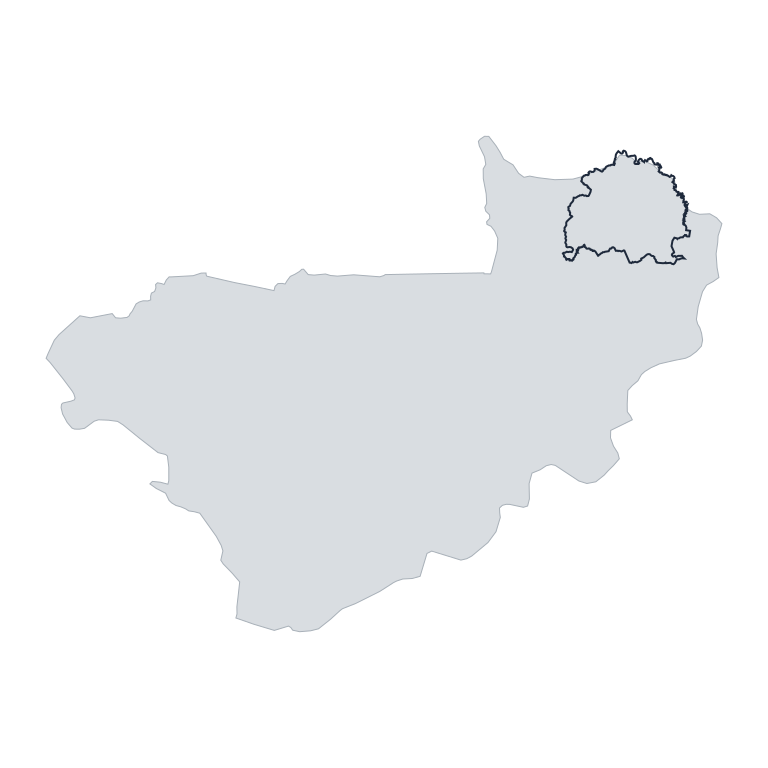 location of Comoe, Komoé, Burkina Faso, rotated 180°
{"feature_id": "67063806B6461887322435", "entity_name": "Comoe", "entity_type": "district", "adm_level": 2, "iso_a3": "BFA", "parent_name": "Burkina Faso", "parent_adm1": "Komoé", "projection": "orthographic", "projection_center": [-4.497, 10.243], "detail": "fine", "context": "in_parent", "style": "outline", "palette": "slate", "viewbox_px": 768, "rotation_deg": 180, "n_neighbors": 0, "source": "geoboundaries", "source_scale": "gbopen_adm2", "svg_char_len": 9063}
<svg xmlns="http://www.w3.org/2000/svg" viewBox="0 0 768 768"><g transform="rotate(180 384 384)"><path d="M596.8,491.1L574.8,492.3L566.8,494.9L562.0,495.0L561.8,493.0L561.2,491.8L533.3,485.4L513.8,481.6L494.0,477.4L492.9,481.6L490.1,484.4L485.9,484.6L482.9,484.0L480.9,487.3L477.7,491.6L473.2,493.7L468.7,496.4L466.2,498.7L464.4,498.8L459.8,493.4L453.8,492.9L442.5,494.0L437.5,492.5L430.6,491.9L414.3,493.2L388.2,491.2L384.0,492.5L382.8,493.4L357.0,493.9L328.6,494.4L304.9,494.8L284.1,495.1L284.0,494.2L277.4,494.1L276.6,496.0L270.8,517.8L270.2,529.7L273.4,537.0L277.0,541.7L281.0,543.6L281.4,546.2L278.2,549.7L278.5,553.2L282.2,556.8L283.2,560.6L281.3,564.5L281.8,574.1L284.7,589.3L284.8,599.1L282.2,603.6L283.5,611.3L288.7,622.1L289.6,626.7L287.8,628.8L283.5,631.7L279.2,631.6L274.1,625.0L271.9,622.1L267.8,615.5L264.3,608.8L259.6,605.9L255.0,603.2L249.4,594.7L244.0,590.7L238.3,591.9L230.0,590.3L213.2,588.3L195.1,588.9L187.7,590.9L180.3,594.0L161.5,600.8L154.1,604.2L148.5,612.7L142.2,612.5L135.8,609.8L131.8,605.9L123.2,606.8L115.0,603.0L107.0,595.6L101.1,593.2L93.6,587.9L91.5,577.7L86.8,570.5L82.5,560.6L76.0,556.1L68.5,553.7L58.2,554.2L51.4,550.2L46.1,544.4L47.5,539.4L49.9,532.2L50.3,525.4L51.9,514.2L50.9,500.3L49.1,490.5L54.8,486.5L61.4,482.9L65.5,476.3L69.8,461.4L71.6,448.6L70.3,443.9L68.1,440.1L66.4,434.6L65.4,427.8L66.6,421.9L71.6,416.5L77.8,411.9L82.3,409.8L94.0,407.5L108.6,404.1L117.0,400.3L123.2,396.5L126.6,393.4L130.1,387.2L135.8,382.4L140.2,377.5L140.8,363.9L140.7,356.2L137.5,351.9L135.7,348.2L157.3,337.6L157.5,330.1L154.5,321.8L150.2,315.0L148.7,309.2L154.6,302.4L159.9,297.2L163.8,292.9L172.2,286.2L181.1,284.5L189.1,287.0L212.7,302.6L216.8,303.5L221.7,302.3L227.9,298.2L236.0,294.9L238.9,284.4L238.6,269.0L240.4,262.0L244.6,260.7L258.2,263.6L261.7,263.7L265.6,262.7L268.5,260.0L268.3,255.0L267.7,250.6L272.0,236.3L280.0,225.5L296.2,212.0L301.2,209.3L307.1,207.9L336.3,216.9L341.0,214.6L347.9,191.7L355.8,189.5L365.2,189.0L371.3,187.0L374.5,185.4L388.2,176.6L412.4,164.5L425.5,159.3L428.0,157.4L437.3,148.9L449.5,139.2L457.4,137.2L468.3,136.3L475.3,137.8L477.2,140.5L479.5,141.9L493.7,137.6L514.3,143.8L532.1,150.0L531.0,154.0L531.1,161.2L529.8,172.5L528.3,186.1L535.8,194.8L544.8,204.1L547.2,207.8L545.1,217.1L546.8,222.6L551.7,231.6L559.8,243.0L568.2,254.8L573.8,256.3L579.2,257.1L582.5,259.2L587.3,261.2L592.0,262.5L596.2,265.0L598.9,267.5L602.4,274.8L611.7,279.5L618.1,284.1L615.6,286.6L607.7,285.8L600.1,283.8L599.2,287.3L599.2,300.8L600.6,312.0L602.4,313.5L610.0,315.4L628.3,329.6L644.9,343.1L650.4,346.6L659.5,347.8L669.5,348.2L673.8,346.8L683.4,339.7L688.6,338.8L693.4,338.9L696.0,339.9L700.8,345.5L705.4,354.0L706.9,360.3L706.5,363.7L705.1,365.0L697.1,366.8L693.7,368.1L692.9,370.0L694.2,374.2L695.8,376.9L704.9,389.1L717.9,405.5L721.9,409.7L719.8,414.7L713.7,427.8L709.0,433.4L688.1,452.2L677.6,450.2L655.8,454.4L652.4,450.2L647.3,449.8L640.9,450.6L638.7,452.3L638.0,454.1L635.8,456.7L631.9,464.1L628.8,466.0L624.9,467.2L620.1,467.1L617.3,468.1L617.4,471.7L616.6,474.9L613.4,476.5L612.1,480.1L612.4,483.5L610.5,485.2L606.4,484.4L603.9,483.5L601.7,488.0L598.9,491.1L596.8,491.1Z" fill="#d9dde1" stroke="#a8b0b8" stroke-width="1"/><path d="M201.6,508.2L200.5,508.8L200.0,508.7L199.9,509.0L198.6,509.0L198.3,508.7L198.4,507.5L198.1,507.4L196.6,507.8L196.0,507.3L195.2,508.3L195.0,508.1L194.6,508.4L194.4,508.9L194.7,509.7L193.3,511.0L192.8,512.4L191.9,513.3L191.9,513.7L192.3,514.1L192.2,514.4L191.3,514.9L191.1,515.3L190.3,515.3L191.0,516.2L190.3,516.9L190.7,517.6L191.3,517.3L191.3,518.0L190.5,517.8L189.8,517.9L189.6,518.4L190.1,519.6L189.5,520.2L189.0,520.1L188.8,520.7L187.7,520.4L187.0,520.9L186.6,520.7L186.2,520.8L185.6,521.0L185.5,521.5L184.5,521.6L184.2,522.9L183.7,523.2L183.3,522.7L183.6,522.3L183.7,521.5L183.1,520.9L182.4,520.8L181.5,519.4L179.9,519.3L179.2,519.6L178.2,519.3L177.5,518.1L176.7,518.1L176.4,518.3L175.6,517.7L175.4,517.0L175.2,517.0L175.0,517.5L174.5,517.5L174.3,517.1L173.8,517.3L172.6,516.5L169.9,512.2L169.6,512.3L169.0,513.2L167.9,513.7L167.4,514.4L166.0,515.0L165.2,515.8L163.9,515.8L163.2,516.2L159.3,516.8L158.4,518.7L157.8,519.5L157.0,519.4L156.5,519.7L155.7,520.7L154.6,520.7L153.4,519.8L152.2,517.2L150.5,517.3L149.9,516.9L149.3,517.2L148.3,517.1L146.5,516.5L144.2,517.6L143.6,517.4L138.4,505.4L137.6,505.4L136.7,504.9L135.8,505.4L135.5,506.0L134.7,505.5L132.8,506.2L131.8,505.8L130.8,505.7L127.8,507.2L126.6,508.2L126.8,509.4L124.3,510.6L121.3,513.3L119.9,513.9L118.2,513.8L117.1,512.7L116.2,512.1L114.9,512.0L113.6,511.0L113.7,509.9L112.1,507.9L112.3,507.3L112.1,506.5L111.3,506.2L111.3,505.5L111.1,505.4L109.9,505.2L105.1,504.8L103.5,504.9L102.4,505.5L102.0,504.8L97.5,505.2L95.9,504.1L94.4,503.8L93.1,505.0L91.1,508.8L89.9,508.6L88.6,508.7L87.8,509.2L86.0,509.7L83.7,509.5L84.8,510.5L86.0,512.2L89.9,512.1L92.1,511.0L92.2,511.4L93.1,512.1L94.8,511.4L95.9,512.5L96.1,513.0L95.9,513.2L95.9,513.7L95.7,514.2L93.9,515.5L94.1,516.4L96.5,521.8L95.5,527.3L93.6,530.3L91.6,529.8L91.1,529.4L91.1,529.6L90.2,529.5L89.0,529.7L87.8,530.5L86.9,530.7L85.1,530.7L84.5,531.7L82.9,532.8L82.9,533.0L81.8,532.9L81.7,531.9L81.4,531.7L80.5,531.5L78.8,531.6L77.9,537.2L81.9,537.8L81.6,540.5L82.3,542.3L83.2,543.1L84.4,543.4L84.7,543.8L84.7,544.2L84.0,544.6L84.5,545.6L84.8,545.4L84.8,545.9L84.4,546.4L83.5,546.5L83.2,546.8L84.7,547.9L83.5,548.9L83.6,549.2L84.5,549.2L84.5,549.6L83.8,550.5L84.0,551.5L83.3,551.4L82.7,551.7L83.7,552.8L83.0,552.9L82.6,553.5L82.9,553.8L83.4,553.4L83.7,554.2L83.3,554.5L82.6,554.4L82.0,554.6L82.8,555.8L82.4,556.0L82.0,555.8L80.7,557.0L80.7,557.4L82.1,557.6L82.5,557.9L81.9,558.8L80.8,559.3L80.8,560.5L81.3,560.9L81.8,560.9L81.7,561.7L81.0,562.2L80.5,563.4L82.2,562.7L82.9,561.9L83.4,562.6L83.4,563.3L82.6,565.3L81.5,565.6L81.2,565.9L81.6,566.3L82.0,566.4L82.8,566.0L84.7,565.8L84.4,567.4L84.1,568.0L84.2,569.3L85.2,570.0L86.8,570.2L87.2,570.9L86.9,571.3L86.1,571.5L85.6,571.0L84.7,571.1L84.3,570.9L84.0,571.6L84.5,572.4L86.9,572.5L87.0,572.7L85.6,573.9L85.4,574.3L85.6,574.7L86.5,574.4L87.2,574.6L87.5,574.0L88.7,573.1L90.1,572.5L90.7,572.6L89.8,574.5L89.3,574.9L89.2,575.6L89.5,576.1L90.7,576.0L91.6,576.4L91.9,577.2L92.5,577.8L93.5,578.0L93.6,579.1L94.3,579.7L93.7,580.5L94.1,581.0L94.1,581.4L92.2,580.7L91.9,581.2L92.1,583.1L93.9,584.0L94.2,584.4L94.2,585.0L95.6,585.9L95.3,586.4L94.6,586.5L94.1,587.1L94.4,587.9L94.3,588.6L94.0,589.3L93.4,589.8L93.8,591.1L94.8,592.0L96.1,592.3L96.7,592.8L97.2,591.7L98.4,591.1L100.1,592.4L100.8,592.4L101.3,593.1L102.7,592.9L103.3,593.6L104.3,593.3L105.5,593.7L105.7,593.8L105.7,594.7L106.5,595.5L107.9,595.3L108.6,596.1L109.2,596.3L109.4,596.6L108.8,597.2L108.8,598.2L108.5,599.2L109.2,600.5L106.8,600.4L106.7,600.6L107.4,602.0L108.2,601.9L108.2,603.2L109.1,603.0L109.4,603.2L109.5,604.3L110.2,604.8L110.7,604.8L110.7,603.3L113.3,603.6L113.6,603.9L113.7,604.9L114.5,605.4L115.8,608.5L116.1,609.0L117.2,609.2L117.5,610.0L118.4,609.8L119.0,608.8L119.8,609.0L120.4,608.2L120.5,607.0L120.9,606.8L121.3,606.7L121.6,607.3L122.4,607.4L123.0,607.9L123.8,606.8L123.9,606.0L124.6,606.6L125.2,606.7L126.2,607.8L126.3,608.5L127.1,609.1L128.0,609.1L129.2,608.0L130.2,606.3L130.0,606.0L129.4,605.8L128.8,604.7L129.0,604.5L129.5,604.0L132.4,604.0L133.2,604.3L133.6,605.1L133.4,606.3L132.2,607.5L132.1,609.0L132.4,611.6L133.2,612.5L133.4,612.6L134.6,612.2L137.0,612.1L139.8,611.3L140.9,612.2L141.2,612.7L141.8,615.0L142.3,616.2L143.2,617.0L144.4,617.3L144.8,617.0L145.2,616.5L145.0,615.7L145.2,615.1L146.0,614.4L146.9,614.5L149.7,616.8L151.3,614.8L152.1,613.4L152.4,611.3L152.2,610.7L153.0,609.4L152.6,608.8L153.1,608.1L153.4,607.9L153.4,607.2L153.9,606.3L153.8,605.8L154.3,605.0L154.1,604.7L153.3,604.7L153.2,604.5L153.8,603.0L155.4,603.3L156.9,603.2L157.5,602.6L159.1,602.6L161.6,601.4L162.2,600.8L162.7,599.5L164.6,598.2L165.0,597.2L165.9,596.4L166.5,596.5L170.3,598.8L171.7,599.3L173.4,599.1L173.3,597.6L174.5,596.2L176.4,596.0L177.1,596.5L178.2,596.6L178.8,596.3L179.5,595.4L179.0,594.6L179.5,593.1L180.2,592.8L180.7,593.1L182.5,593.0L183.3,592.3L184.1,592.3L186.2,589.8L186.1,588.0L186.6,587.3L186.7,586.7L184.8,584.9L184.6,584.3L184.1,584.3L183.8,583.5L181.1,582.7L180.3,581.7L180.5,581.7L180.5,581.0L180.1,580.4L178.6,579.6L177.1,578.3L177.5,576.1L179.2,572.4L179.6,572.0L181.3,571.9L181.9,572.4L182.3,572.5L183.8,572.3L185.5,573.2L187.0,572.6L188.2,572.7L189.0,572.0L189.8,571.8L192.3,570.2L194.3,570.3L194.7,567.8L195.2,566.6L197.4,564.2L198.0,562.1L199.6,561.1L199.7,560.1L199.3,559.4L199.6,557.9L198.4,556.8L198.3,555.9L197.8,555.2L198.1,553.2L197.3,552.4L196.1,551.9L195.8,551.4L198.7,549.0L201.3,546.4L201.8,545.2L201.7,542.7L203.5,540.0L203.3,538.1L203.9,537.0L203.2,536.1L202.2,535.6L202.6,534.5L202.8,533.0L201.9,531.2L202.5,530.1L202.6,529.4L201.8,528.0L202.7,525.5L202.5,524.8L201.7,523.6L201.6,523.0L201.8,522.0L201.3,521.0L200.6,520.7L198.3,521.0L196.9,520.7L195.4,519.6L194.9,518.2L196.2,515.9L198.1,516.3L199.9,515.9L201.2,516.3L202.9,515.3L204.4,515.2L205.1,514.6L203.9,512.6L204.0,511.7L203.6,511.7L202.6,510.4L202.2,510.3L202.5,510.3L201.8,509.6L201.9,508.7L201.6,508.2Z" fill="none" stroke="#1e293b" stroke-width="2"/></g></svg>